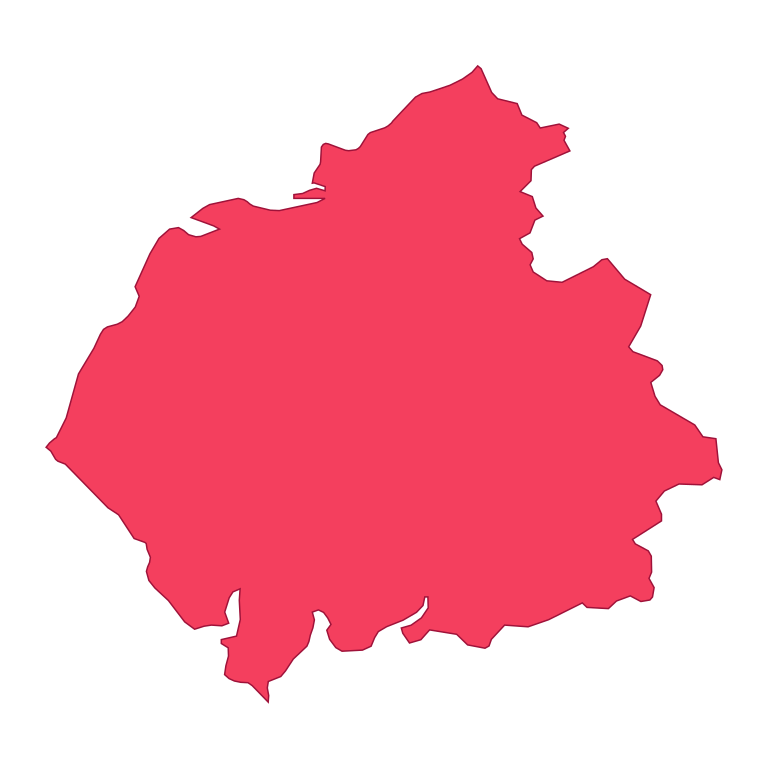 the Administrative County of Cumbria
{"feature_id": "GBR-2139", "entity_name": "Cumbria", "entity_type": "Administrative County", "adm_level": 1, "iso_a3": "GBR", "parent_name": "United Kingdom", "parent_adm1": "", "projection": "equal_earth", "projection_center": [-2.905, 54.627], "detail": "fine", "context": "isolated", "style": "filled", "palette": "rose", "viewbox_px": 768, "rotation_deg": 0, "n_neighbors": 0, "source": "natural_earth", "source_scale": "10m", "svg_char_len": 2943}
<svg xmlns="http://www.w3.org/2000/svg" viewBox="0 0 768 768"><path d="M402.9,110.4L415.5,97.1L422.0,93.5L429.9,92.0L449.9,85.3L462.4,79.1L472.1,72.3L477.7,65.9L481.1,68.7L491.7,92.5L497.7,98.8L517.2,103.6L521.9,115.1L536.7,122.7L540.2,128.0L559.2,124.1L568.3,128.3L563.5,132.5L565.5,136.3L564.0,140.3L569.9,150.9L534.5,166.2L531.4,169.6L531.0,180.7L520.1,191.6L532.3,196.6L535.9,208.0L543.0,216.1L534.9,220.1L530.0,232.9L519.5,238.7L522.2,244.2L531.8,252.5L533.2,258.9L530.1,264.8L533.2,272.0L546.8,280.8L562.1,282.3L593.4,266.7L601.9,259.7L607.4,258.7L624.7,279.2L650.7,294.7L640.7,326.1L628.7,346.8L632.9,351.7L657.4,360.9L662.1,365.5L662.8,369.7L659.6,375.3L650.8,382.4L655.0,396.3L660.2,404.8L694.8,425.0L702.9,436.8L715.9,438.7L718.4,462.7L721.9,469.8L719.8,479.6L713.7,477.4L702.0,484.8L679.0,484.0L664.4,491.0L655.9,501.1L661.5,514.2L661.5,520.9L632.5,539.4L635.3,543.9L648.3,550.9L651.3,556.2L651.6,572.1L649.0,578.4L654.1,587.6L652.5,597.0L649.9,600.0L640.9,601.5L630.3,595.9L616.5,601.0L608.4,608.6L587.0,607.4L582.3,602.9L548.6,619.7L528.1,626.8L504.6,625.1L491.4,639.3L489.0,646.0L485.0,648.2L467.6,644.9L456.7,634.3L429.6,629.9L420.9,639.7L410.2,642.8L409.5,643.0L402.8,633.3L401.3,628.0L411.1,625.2L421.4,617.9L428.2,607.9L427.9,596.9L424.8,596.9L423.0,605.5L416.5,612.3L403.0,620.2L386.6,626.7L378.3,631.6L374.6,637.7L371.1,646.2L362.5,650.1L342.0,651.2L335.8,647.6L329.6,639.3L326.8,630.2L331.0,624.4L327.7,617.9L323.6,612.4L318.4,609.9L312.3,612.1L314.4,619.9L312.9,627.8L310.3,635.2L308.9,641.5L306.9,646.2L293.3,659.0L285.5,670.9L280.8,676.5L268.3,681.5L267.3,687.9L268.7,695.6L268.2,702.1L252.2,685.6L248.0,682.7L240.7,682.3L234.4,681.0L229.1,678.6L224.6,674.6L225.9,665.8L228.5,656.1L228.2,647.8L221.3,643.5L221.3,639.6L236.5,636.1L240.3,619.5L239.3,600.3L240.1,588.8L232.9,591.9L229.2,597.8L224.7,612.1L228.7,623.2L221.9,625.8L211.4,625.1L204.1,626.2L194.6,629.2L184.7,621.9L168.4,600.5L154.9,588.0L148.9,580.5L146.4,571.4L147.6,567.0L149.6,562.4L150.4,557.3L147.1,549.3L146.2,543.5L144.9,542.4L134.1,538.5L118.6,514.8L108.0,507.8L65.3,464.1L57.9,461.2L55.6,459.3L50.8,451.1L46.1,447.3L49.5,443.0L54.3,438.9L56.4,437.6L66.2,418.0L78.5,373.9L93.9,348.3L100.4,334.3L103.5,329.4L107.4,326.9L117.3,324.2L122.2,321.7L128.0,316.2L135.3,307.0L139.2,296.3L135.1,286.7L150.0,253.7L159.0,238.4L169.6,229.1L178.5,227.6L183.7,230.5L188.6,234.7L195.9,236.8L200.8,236.4L219.5,229.1L213.7,225.9L191.1,217.6L202.8,208.4L209.6,204.6L238.2,198.4L243.9,199.7L247.2,201.7L249.8,204.0L253.3,206.1L270.3,210.2L279.3,210.6L317.1,202.5L325.1,198.4L293.9,198.4L293.9,194.6L302.6,193.5L309.6,190.3L316.5,188.3L325.1,190.8L325.2,186.6L314.1,182.9L312.3,183.2L314.2,173.0L320.1,164.3L320.6,161.8L321.4,147.1L323.3,144.4L325.7,143.4L328.3,143.9L345.5,150.3L348.7,150.7L356.0,149.8L358.4,148.4L360.3,146.6L367.9,134.5L370.3,132.6L384.8,127.8L388.1,125.9L391.5,123.0L393.0,120.9L402.9,110.4Z" fill="#f43f5e" stroke="#9f1239" stroke-width="1.5"/></svg>